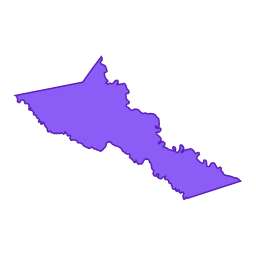 Puerto Leguízamo, Putumayo, Colombia (Robinson projection)
{"feature_id": "7082276B4639527364844", "entity_name": "Puerto Leguízamo", "entity_type": "district", "adm_level": 2, "iso_a3": "COL", "parent_name": "Colombia", "parent_adm1": "Putumayo", "projection": "robinson", "projection_center": [-74.996, 0.082], "detail": "fine", "context": "isolated", "style": "filled", "palette": "violet", "viewbox_px": 256, "rotation_deg": 0, "n_neighbors": 0, "source": "geoboundaries", "source_scale": "gbopen_adm2", "svg_char_len": 5932}
<svg xmlns="http://www.w3.org/2000/svg" viewBox="0 0 256 256"><path d="M240.6,181.1L238.5,179.2L236.7,178.0L234.6,177.8L230.5,176.3L225.3,175.2L224.4,174.8L223.5,174.0L222.7,172.2L221.4,170.9L221.1,169.8L221.2,168.2L220.8,167.5L220.0,167.2L218.3,168.1L217.4,168.2L217.1,168.0L214.8,163.8L214.2,163.1L212.5,162.8L211.1,163.4L210.6,164.1L209.6,166.2L208.6,166.6L207.6,166.4L206.7,165.7L206.5,162.2L206.1,161.0L205.5,160.3L204.7,160.1L203.8,160.3L203.5,162.4L203.1,163.2L202.2,163.4L201.6,163.0L200.1,162.1L197.8,159.9L197.1,159.6L196.8,159.2L197.0,156.6L198.8,155.0L199.3,154.3L199.0,152.8L198.8,152.6L197.9,152.5L196.5,153.2L195.5,153.4L194.7,152.7L193.5,150.6L192.8,149.9L191.7,149.2L190.3,148.8L188.8,149.4L185.8,149.7L184.5,150.4L183.2,151.7L182.0,152.4L181.5,152.5L181.2,152.1L181.4,151.3L183.4,149.5L183.7,148.8L183.7,147.9L183.3,146.8L182.5,145.7L181.5,145.0L180.7,144.9L180.1,145.6L179.8,148.9L178.7,151.5L177.8,152.3L176.5,152.3L175.8,151.9L175.4,151.1L175.6,148.5L175.1,147.6L174.4,146.9L173.2,146.9L172.8,147.6L172.8,148.4L173.9,149.9L173.7,150.7L173.1,151.0L171.9,150.3L168.5,149.4L166.6,147.9L163.3,146.8L163.1,146.4L164.3,145.6L164.7,145.0L164.9,143.9L164.8,143.2L164.2,142.5L163.4,141.9L162.1,141.3L161.7,141.4L159.5,143.6L158.9,143.7L158.5,143.2L158.5,142.5L158.8,142.2L159.9,141.7L160.4,141.2L160.9,140.0L160.9,138.3L158.9,136.0L157.2,134.5L156.3,133.0L156.2,132.5L156.5,132.1L158.2,132.3L159.1,132.0L160.6,130.7L160.9,128.9L160.7,128.5L159.5,127.9L157.5,128.4L156.8,128.3L155.7,127.5L155.3,126.5L155.5,126.2L156.0,126.3L156.9,127.1L157.6,127.3L158.6,126.9L159.0,126.1L159.3,124.1L159.0,122.4L159.0,120.4L158.6,118.8L156.3,116.6L155.9,115.6L155.1,114.8L153.1,113.8L150.0,113.5L149.2,113.9L148.7,114.0L145.3,113.0L144.2,113.2L143.7,113.5L142.9,113.5L140.8,112.4L139.0,110.4L137.8,109.5L135.5,109.1L134.3,109.3L132.9,110.1L131.3,110.2L130.4,109.7L128.5,107.5L126.9,106.8L126.3,105.9L126.3,104.8L126.7,104.2L128.7,103.6L129.1,102.9L129.3,102.2L128.8,101.4L127.3,100.1L126.6,99.1L126.1,97.9L126.0,96.3L125.7,94.6L125.8,94.2L126.3,93.7L128.2,93.3L128.8,92.8L129.0,91.8L128.6,90.7L126.7,88.5L126.0,85.8L125.5,84.7L124.8,83.9L124.0,83.4L123.6,83.4L122.9,83.9L121.6,83.9L120.3,84.3L118.9,84.3L117.4,84.7L116.9,84.6L116.9,84.1L117.9,83.1L118.1,81.9L118.0,81.0L117.4,80.4L116.3,80.3L115.6,80.6L115.1,80.9L113.3,83.1L112.1,83.8L111.6,83.8L110.1,83.2L109.5,83.2L108.1,84.0L107.5,83.9L106.8,83.7L106.0,83.1L105.9,82.7L106.1,82.2L107.6,81.8L107.9,81.5L107.9,81.2L107.5,80.3L106.4,79.4L105.3,77.8L104.7,76.1L104.3,73.7L104.6,72.8L106.5,71.9L107.0,71.1L107.0,70.4L106.6,69.8L105.7,66.8L104.7,65.5L102.0,64.2L100.8,63.8L100.3,63.1L100.3,62.3L101.5,60.9L102.2,59.2L102.0,58.1L101.3,56.7L92.3,68.7L82.7,82.2L15.4,95.5L16.4,96.1L16.8,96.7L17.7,99.3L17.4,100.6L17.4,101.4L18.3,102.3L19.2,102.6L19.9,102.2L20.7,100.7L21.3,100.1L22.0,99.9L23.2,100.1L24.2,100.8L24.5,101.7L24.6,102.4L25.0,103.5L25.8,103.7L26.7,103.5L28.6,104.1L29.2,104.9L29.2,105.7L28.8,106.3L29.5,107.7L29.9,108.0L30.8,108.0L31.0,108.4L30.8,108.7L29.2,108.5L28.9,108.6L28.8,109.2L29.0,109.7L29.7,109.8L30.3,110.2L32.5,110.6L32.8,110.9L33.4,112.2L34.0,112.6L33.6,113.0L33.4,113.7L33.9,114.9L35.4,115.0L35.9,115.3L36.3,115.8L36.4,116.9L36.6,117.3L38.1,118.7L39.0,118.9L39.2,119.2L39.3,120.1L38.5,121.1L38.7,122.0L39.2,122.1L40.4,121.5L40.9,121.7L41.1,122.2L40.8,123.8L41.5,124.2L42.1,124.0L42.4,123.6L42.5,122.9L43.1,122.3L43.7,122.5L44.7,125.5L47.0,128.2L47.3,128.7L47.2,129.9L47.3,130.4L47.8,131.4L48.3,131.9L49.0,131.7L50.2,131.0L50.8,131.5L51.1,132.5L52.4,132.7L53.6,133.3L54.9,133.6L56.3,133.2L56.5,133.4L56.6,133.2L57.4,133.5L58.2,133.2L59.3,133.6L59.7,133.4L60.5,133.3L61.3,132.8L63.8,134.1L64.6,133.4L64.9,132.0L65.1,131.9L65.6,132.8L66.4,133.3L66.5,133.7L67.0,133.8L67.3,135.4L67.8,135.8L68.5,135.9L69.8,135.4L70.4,135.5L70.5,136.7L69.8,138.3L70.9,140.2L71.7,140.4L73.2,139.8L74.6,140.1L75.4,140.0L76.8,140.9L77.6,142.4L78.0,142.8L78.5,142.9L80.3,142.7L81.6,143.7L82.4,143.7L83.2,145.4L83.8,145.9L85.3,146.8L87.8,147.7L88.3,148.2L89.1,148.4L90.0,148.2L91.4,147.2L92.2,147.3L94.3,149.0L96.2,149.1L96.5,149.6L97.2,150.0L98.1,150.0L100.3,151.2L100.9,151.2L101.6,150.5L102.7,149.9L103.6,148.7L105.2,147.1L105.5,146.4L106.0,145.7L106.4,143.3L106.8,143.0L107.5,142.0L107.9,142.2L109.1,141.7L109.7,141.8L110.0,142.2L110.6,142.0L111.4,143.0L111.6,143.4L113.0,144.6L114.0,144.9L115.4,145.9L117.5,146.1L119.4,147.4L120.5,147.6L121.3,148.8L122.1,149.5L122.0,150.1L122.3,150.7L123.0,151.4L123.8,151.7L125.5,153.4L127.6,154.2L128.8,154.2L129.8,154.5L130.1,155.6L129.4,156.8L129.8,157.7L131.3,158.7L131.9,159.5L132.7,159.8L132.8,160.2L133.6,161.3L134.0,161.5L133.9,161.9L134.3,162.4L134.8,162.5L135.3,162.3L135.9,160.6L136.1,161.2L136.6,161.3L137.4,163.4L138.5,164.2L138.9,164.2L139.6,163.7L141.5,164.0L141.9,163.5L142.3,163.3L143.2,161.8L143.4,160.9L145.9,158.4L146.3,158.6L146.4,159.1L146.8,159.4L147.4,159.2L148.1,159.3L149.2,160.3L149.2,161.0L149.6,162.3L150.5,162.5L150.8,163.4L151.1,164.7L151.5,165.3L151.4,167.0L151.9,168.1L151.8,168.7L153.6,170.6L153.6,171.6L153.0,173.5L153.3,174.4L154.0,175.7L155.6,176.2L156.4,176.1L156.6,175.8L156.6,175.3L156.9,174.6L157.6,173.9L158.2,173.8L158.5,174.2L158.4,175.1L158.3,175.9L157.6,176.7L157.7,177.3L157.9,177.5L158.7,177.7L159.1,178.3L160.9,178.8L161.6,178.5L162.7,177.5L162.9,177.0L164.2,176.8L165.5,176.2L165.6,176.5L164.7,178.2L164.9,179.1L165.6,179.6L167.3,179.6L168.3,180.2L168.8,180.9L168.7,182.0L169.0,182.8L169.6,183.2L170.6,183.4L171.4,183.9L171.5,185.6L172.1,186.4L172.5,188.3L173.2,189.1L174.9,189.4L175.6,188.5L176.0,189.9L175.9,190.3L175.8,190.2L175.8,190.6L177.0,191.4L177.8,191.0L178.1,189.9L179.1,190.2L179.2,190.4L179.3,192.1L180.4,193.1L180.9,193.1L181.7,192.1L182.3,192.4L183.4,192.4L183.4,193.0L183.8,193.2L183.4,194.8L183.0,195.5L183.0,196.4L183.5,198.0L183.4,198.7L183.9,199.2L184.5,199.3L184.9,199.0L186.3,197.1L186.7,197.3L187.1,198.4L240.6,181.1Z" fill="#8b5cf6" stroke="#5b21b6" stroke-width="1.5"/></svg>